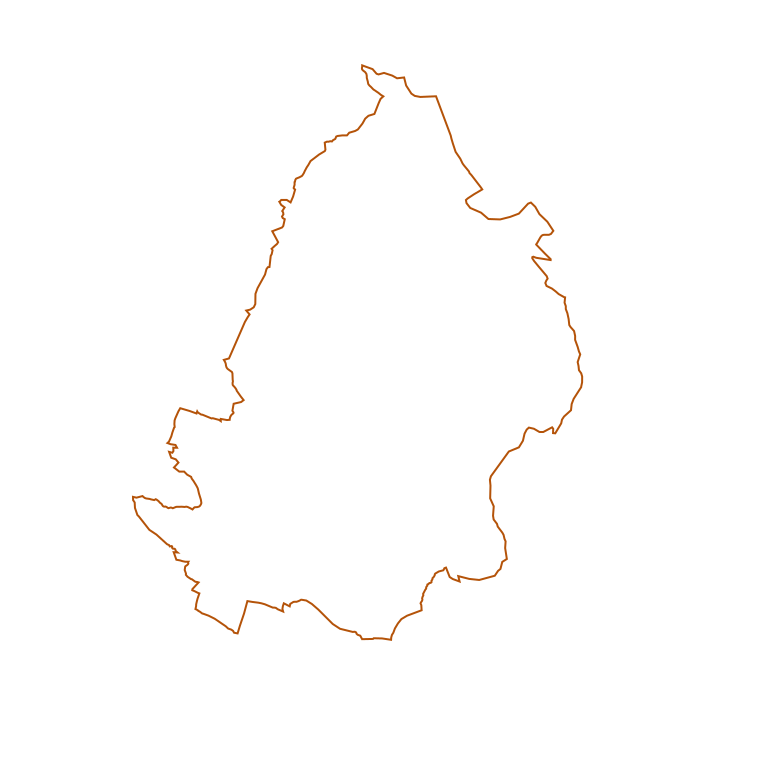 the district of Boteni, Arges, Romania, rotated 204°
{"feature_id": "2599482B33431600149134", "entity_name": "Boteni", "entity_type": "district", "adm_level": 2, "iso_a3": "ROU", "parent_name": "Romania", "parent_adm1": "Arges", "projection": "robinson", "projection_center": [25.134, 45.176], "detail": "fine", "context": "isolated", "style": "outline", "palette": "amber", "viewbox_px": 768, "rotation_deg": 204, "n_neighbors": 0, "source": "geoboundaries", "source_scale": "gbopen_adm2", "svg_char_len": 6160}
<svg xmlns="http://www.w3.org/2000/svg" viewBox="0 0 768 768"><g transform="rotate(204 384 384)"><path d="M533.5,666.2L533.1,665.3L532.8,664.4L532.7,663.7L532.3,662.9L531.8,662.4L530.7,661.9L527.9,661.2L526.2,660.1L525.2,658.7L524.2,656.6L521.8,653.7L520.9,652.3L520.2,651.5L518.4,650.6L517.0,650.2L513.6,648.8L507.4,647.7L504.6,646.9L501.6,646.5L503.1,643.1L503.1,638.3L502.6,626.8L507.3,622.7L509.1,618.8L509.6,613.2L511.4,605.9L513.3,603.4L518.0,599.4L518.9,596.1L523.3,594.1L527.3,591.7L528.3,590.6L528.2,588.1L529.8,585.9L530.2,584.4L531.9,583.9L533.2,582.8L534.8,582.1L536.3,580.4L532.8,574.2L532.8,572.7L536.6,567.3L541.8,557.8L542.2,553.4L542.7,550.5L543.0,546.3L543.0,544.0L543.4,541.4L543.8,540.3L544.6,539.5L545.1,538.7L547.7,536.0L547.9,535.6L548.0,534.3L547.6,532.5L547.6,532.2L547.8,532.0L546.7,529.6L546.3,526.5L546.0,526.0L544.3,525.5L543.3,518.3L543.2,511.9L547.7,512.6L552.7,510.4L553.5,508.1L553.7,507.9L550.8,505.8L546.6,504.9L547.3,500.6L546.0,499.8L544.9,498.1L545.3,495.5L544.0,494.4L541.7,494.2L540.3,487.4L540.8,485.5L548.2,478.1L538.4,470.5L538.7,468.4L540.0,465.7L541.7,461.8L540.2,460.9L539.4,456.9L539.6,455.0L536.2,444.3L537.6,443.5L538.1,441.1L537.2,435.6L538.5,420.1L538.1,414.1L534.1,404.7L534.2,401.1L536.5,397.5L539.7,395.1L535.1,392.9L535.7,389.5L536.3,384.1L536.0,344.3L540.1,340.9L538.4,339.7L537.3,338.7L536.5,337.7L535.9,336.6L534.5,335.0L533.0,334.2L527.8,333.1L526.8,332.1L523.9,326.2L523.2,325.2L522.9,324.2L522.8,323.4L521.9,321.7L521.1,321.2L519.8,320.7L518.2,319.9L516.5,318.8L515.9,318.0L509.7,314.3L505.7,312.2L507.2,309.4L513.3,304.8L511.6,297.9L509.9,296.8L509.7,296.0L510.8,293.8L511.1,291.7L510.8,289.6L510.4,288.5L512.8,287.2L518.9,285.7L518.0,283.7L520.1,284.1L526.5,283.1L527.5,282.4L537.4,282.1L538.6,281.7L542.5,282.3L543.5,283.0L543.3,280.8L550.5,280.3L560.3,279.0L560.7,275.4L560.7,267.9L560.5,265.6L559.2,262.1L557.7,259.5L558.0,258.7L557.6,253.7L557.0,249.6L557.0,243.9L557.8,242.0L554.5,242.2L549.7,243.5L547.2,241.6L550.6,240.1L549.1,237.1L549.4,235.1L552.7,234.6L548.4,230.1L543.6,230.5L539.8,228.6L541.9,222.3L535.4,220.7L531.0,222.7L526.9,221.1L522.4,220.7L521.2,219.4L518.7,218.0L514.3,215.0L512.0,213.2L511.2,212.3L508.5,208.7L504.3,203.9L502.6,201.3L502.3,200.4L502.4,198.8L502.7,197.5L503.2,196.7L504.5,195.6L506.8,194.4L507.2,193.8L507.9,191.5L510.1,191.7L513.4,191.8L514.8,191.5L516.1,190.6L518.6,189.7L523.0,187.7L523.9,187.2L524.8,186.3L526.4,184.6L527.7,184.6L528.6,184.4L530.4,182.9L531.3,182.9L532.5,183.2L533.7,183.2L535.0,182.5L536.0,182.5L536.6,182.7L538.5,184.0L540.4,184.4L542.3,185.3L544.4,185.8L545.3,185.9L545.7,185.9L546.7,184.5L550.1,183.8L551.3,183.7L554.7,182.7L556.2,182.6L558.0,183.0L559.0,183.4L563.9,179.5L567.4,178.8L566.0,175.9L563.6,174.4L561.1,169.5L556.0,164.0L554.1,163.3L539.0,155.3L530.7,153.9L517.0,149.4L514.9,149.4L514.2,149.0L513.7,148.5L512.0,149.6L511.3,149.2L511.1,148.4L510.5,147.9L509.7,147.7L509.0,148.1L508.2,148.3L507.4,148.0L506.3,146.7L504.1,146.1L507.7,144.8L502.2,139.0L498.5,139.9L495.9,140.2L493.3,140.8L490.4,142.1L490.5,141.4L489.7,140.3L489.8,139.5L490.1,138.7L491.3,136.7L491.3,136.1L490.4,133.0L487.8,130.3L487.4,129.1L485.1,128.0L481.0,127.3L480.2,127.5L475.9,126.6L473.9,127.2L472.7,127.3L475.6,118.7L475.3,117.6L473.0,117.7L469.1,117.5L467.5,117.6L467.0,111.9L466.6,109.5L466.0,106.4L465.3,104.6L464.7,101.7L463.5,101.7L461.4,101.4L461.3,101.2L459.6,101.1L456.6,100.4L455.9,100.6L450.1,101.0L443.2,100.7L430.0,98.3L426.9,97.2L423.6,97.5L421.5,97.1L419.8,95.8L416.3,96.6L417.3,104.5L418.5,117.4L420.5,130.1L415.5,131.4L409.9,133.1L406.8,133.8L403.3,134.3L394.6,134.5L393.3,135.1L391.8,135.5L389.4,135.0L383.6,135.1L385.3,137.2L386.0,139.8L386.3,142.9L379.7,142.5L380.2,145.0L378.1,148.1L376.7,148.9L375.4,149.4L374.0,150.7L372.9,151.9L372.1,153.1L371.5,153.4L366.9,154.6L360.4,153.7L352.2,151.2L333.2,143.9L324.6,142.5L311.7,144.8L309.9,145.8L308.4,145.7L307.5,144.7L306.1,144.2L303.3,144.4L300.2,142.0L290.4,146.6L289.9,147.6L282.2,150.8L273.5,153.2L274.3,155.4L274.7,158.1L274.3,160.5L274.6,165.1L273.9,170.9L272.5,176.3L268.7,181.7L257.6,192.6L260.0,197.2L261.4,198.5L261.4,199.5L261.1,201.0L261.1,202.1L261.3,202.8L262.0,203.7L262.2,205.4L262.1,206.9L262.9,208.2L262.6,213.1L262.4,213.5L262.3,214.3L262.7,215.2L262.8,215.9L262.4,217.4L262.8,218.2L262.8,218.6L262.0,219.4L261.7,220.4L261.5,220.7L260.5,221.3L260.0,222.2L260.6,223.7L260.3,225.0L260.7,226.4L260.0,228.3L259.9,230.0L260.2,230.8L260.1,231.6L257.7,235.0L254.1,237.9L253.9,238.7L253.9,240.3L252.7,241.5L245.5,234.4L241.9,233.8L234.6,234.3L238.0,238.7L226.9,240.6L217.3,243.7L204.8,253.9L203.8,259.7L202.4,262.4L203.6,269.6L200.6,274.1L206.6,283.4L208.9,289.7L210.9,291.5L213.4,294.8L215.4,296.3L222.1,300.0L223.9,302.2L228.7,304.8L230.8,308.0L234.0,316.9L240.5,322.7L245.4,334.5L248.3,339.6L248.8,343.2L242.5,373.1L235.0,381.0L234.0,388.7L235.4,395.8L235.1,400.4L233.9,403.1L228.9,404.1L222.5,403.4L219.0,404.9L212.8,412.8L211.2,411.9L209.6,407.9L207.5,408.6L206.1,420.1L206.9,423.8L206.3,427.5L202.5,436.1L204.4,442.0L204.7,447.6L202.6,461.3L202.8,461.9L203.7,466.1L206.0,471.4L208.2,474.0L211.5,475.9L213.7,479.7L216.0,482.8L216.8,490.9L219.2,493.1L222.2,496.7L227.4,502.1L228.9,505.6L231.9,509.7L236.7,511.9L238.7,513.2L241.8,518.5L245.3,523.3L248.4,526.4L249.6,529.1L252.1,531.7L253.8,536.8L254.8,536.6L261.0,537.2L264.8,538.4L269.4,539.5L275.4,539.7L277.7,541.9L277.8,544.6L277.4,546.8L279.2,548.7L290.7,554.3L296.9,557.4L299.7,559.2L300.1,560.2L299.4,561.0L296.3,561.2L282.2,565.0L282.5,565.8L289.8,568.5L301.7,573.3L301.7,573.9L301.4,575.3L300.8,581.6L300.3,583.6L299.4,584.8L298.3,585.5L294.0,587.4L292.5,589.0L291.6,592.8L300.8,598.7L311.1,602.4L317.9,607.4L323.6,609.5L325.7,607.4L330.1,594.5L336.8,587.9L344.8,581.6L355.7,577.2L365.0,580.0L376.8,579.9L382.2,582.8L384.0,585.4L383.0,587.6L378.9,594.0L373.4,601.7L375.1,602.8L389.1,610.4L391.7,611.5L392.8,612.7L399.8,616.2L401.9,617.4L405.9,620.8L413.0,625.2L418.9,631.7L422.3,635.7L424.1,638.1L453.5,668.0L467.6,661.0L473.1,659.7L477.1,660.4L485.2,665.7L490.3,672.2L496.4,668.6L501.9,669.1L510.5,668.2L514.9,664.6L517.0,664.4L522.5,667.0L533.5,666.2Z" fill="none" stroke="#b45309" stroke-width="2"/></g></svg>